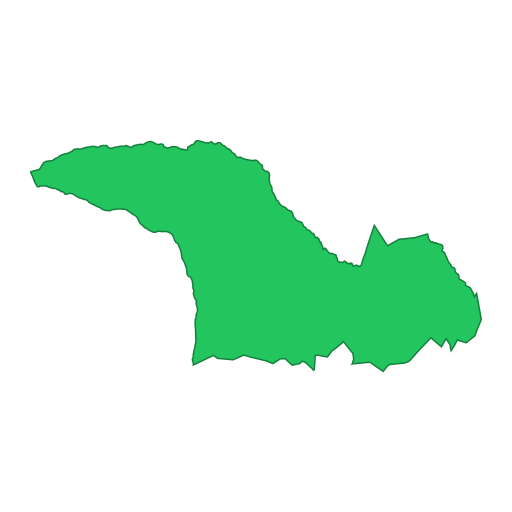 the district of Bulilima, Matabeleland South, Zimbabwe
{"feature_id": "62879985B39326733261715", "entity_name": "Bulilima", "entity_type": "district", "adm_level": 2, "iso_a3": "ZWE", "parent_name": "Zimbabwe", "parent_adm1": "Matabeleland South", "projection": "robinson", "projection_center": [27.403, -20.155], "detail": "fine", "context": "isolated", "style": "filled", "palette": "green", "viewbox_px": 512, "rotation_deg": 0, "n_neighbors": 0, "source": "geoboundaries", "source_scale": "gbopen_adm2", "svg_char_len": 6062}
<svg xmlns="http://www.w3.org/2000/svg" viewBox="0 0 512 512"><path d="M426.9,234.1L415.1,237.6L399.0,239.3L387.7,245.7L386.9,244.8L374.3,225.4L367.6,245.3L367.4,246.4L366.9,247.6L365.0,254.0L363.5,257.6L361.2,265.3L359.3,266.6L358.3,265.9L357.4,266.0L356.5,265.1L355.3,265.4L354.1,266.1L353.3,266.1L352.9,265.6L352.3,263.9L351.3,263.0L350.8,263.2L350.4,263.9L350.2,264.1L349.3,263.3L348.6,263.6L347.8,263.5L346.4,262.6L345.8,261.8L344.7,261.1L344.1,261.3L343.4,262.2L342.8,262.5L340.9,262.1L339.6,262.4L338.9,261.6L337.8,261.2L337.6,260.7L337.2,258.6L336.4,256.9L336.3,255.7L335.8,254.9L333.2,254.1L332.5,253.4L331.5,253.6L330.4,253.5L328.9,252.6L328.2,252.0L325.9,248.8L325.2,248.2L324.7,248.2L324.0,249.0L323.0,249.5L322.7,248.8L322.8,247.5L322.6,247.0L322.5,246.3L322.2,245.7L321.5,244.9L321.4,243.5L321.2,242.8L320.8,242.4L320.8,242.2L319.5,241.6L319.4,241.2L319.5,240.3L318.6,238.8L318.0,238.1L316.9,237.3L316.1,237.6L315.5,237.5L314.6,236.1L314.2,234.7L314.0,234.2L311.9,233.0L309.4,230.4L307.2,229.7L306.6,229.3L305.5,227.5L303.7,226.3L302.0,222.7L300.2,221.6L298.0,221.2L296.2,220.1L295.3,218.8L294.3,217.9L293.5,216.8L292.6,213.2L291.4,211.4L290.9,211.0L288.5,210.3L287.6,209.7L285.2,207.4L281.8,206.0L280.7,204.9L279.5,203.5L277.6,200.5L277.3,200.2L276.4,200.1L275.4,197.0L273.9,194.1L272.4,192.0L272.1,191.0L271.9,187.8L271.7,187.0L269.7,183.3L269.6,181.9L269.3,180.1L269.3,177.0L269.6,175.7L269.3,173.6L268.4,172.3L267.6,171.5L265.7,171.3L264.9,170.9L262.8,168.9L262.4,168.1L262.5,166.1L262.1,165.2L259.4,163.4L258.5,162.0L257.0,160.7L256.2,160.3L254.9,160.2L253.4,160.4L252.9,160.7L252.3,160.7L251.8,160.6L251.4,160.3L248.4,160.0L245.0,159.2L242.8,158.4L240.7,157.3L238.5,157.3L237.1,157.5L236.6,157.0L234.5,153.8L233.8,153.4L232.5,152.9L232.0,152.3L231.3,151.1L230.2,150.0L228.7,148.9L226.3,148.0L225.6,146.8L224.3,145.9L223.1,145.6L222.2,144.6L221.3,144.1L220.5,143.0L219.7,142.6L217.7,142.8L215.5,144.1L213.5,143.7L211.8,141.9L210.8,141.9L208.9,142.8L206.7,143.0L203.5,142.3L201.9,141.6L199.1,141.0L197.7,140.6L195.9,141.1L195.4,141.4L194.3,143.6L193.2,144.4L191.1,145.1L189.3,146.5L188.2,146.7L187.7,147.6L187.5,149.4L187.1,150.1L186.5,150.2L184.6,149.6L182.5,149.5L182.5,149.2L180.0,148.8L177.2,147.1L174.1,146.6L171.5,146.7L169.7,147.7L166.9,148.2L166.6,148.1L166.0,147.3L164.9,147.2L163.9,146.8L163.3,144.7L161.9,144.0L160.6,144.0L158.7,144.6L157.2,144.3L155.6,143.8L153.3,142.4L150.9,141.5L149.6,141.6L147.5,142.1L145.3,143.2L143.7,144.3L143.0,144.6L140.7,144.3L139.3,144.4L135.0,145.4L134.0,145.5L131.0,147.4L130.6,147.4L129.5,147.0L126.7,145.6L126.0,145.6L125.1,146.0L123.5,146.4L121.5,146.1L119.7,146.3L117.7,146.8L113.6,147.5L112.0,148.4L110.2,148.2L108.2,147.4L107.8,147.1L107.1,146.0L106.4,145.4L104.7,145.7L103.5,145.4L100.2,146.1L98.5,147.3L96.0,146.9L95.1,146.5L92.3,146.3L89.6,147.0L88.1,147.1L86.7,147.1L85.9,147.5L85.4,148.1L84.4,147.8L81.1,149.0L79.7,149.2L78.7,148.9L78.0,148.9L74.7,149.2L73.4,150.0L72.3,151.2L70.4,152.0L68.9,152.9L62.2,154.7L59.4,156.1L57.7,157.6L54.7,158.8L52.7,160.5L45.9,161.4L45.1,162.1L43.8,162.5L39.4,169.4L31.0,171.6L30.7,172.4L30.9,173.0L32.6,176.3L34.5,181.5L35.7,183.9L37.3,186.6L37.6,186.8L38.9,186.8L40.2,186.1L42.8,185.9L44.9,185.9L46.8,186.2L48.6,187.1L50.3,187.5L50.9,187.8L52.4,188.3L53.6,188.4L54.7,188.3L55.5,188.5L56.8,189.3L58.4,189.7L58.4,190.0L59.9,190.4L60.7,191.5L61.1,191.7L63.0,191.7L63.5,192.0L64.6,193.7L65.3,194.3L67.5,194.0L68.7,193.5L72.2,193.6L77.7,197.0L79.6,197.9L84.7,199.6L86.4,199.9L87.2,200.4L89.1,202.4L89.9,202.9L98.5,207.1L99.5,207.4L100.8,208.1L101.9,209.1L105.2,210.4L106.9,210.5L107.5,210.7L108.8,210.6L109.9,210.8L111.6,209.9L112.8,209.6L116.0,209.3L117.5,208.9L119.1,209.0L120.5,208.9L121.7,209.1L124.3,209.1L126.0,209.6L128.8,211.4L132.8,214.3L135.0,215.4L137.3,217.6L139.6,222.6L140.6,223.9L142.8,225.6L144.4,227.4L147.0,228.8L149.1,230.2L152.5,231.9L153.9,232.3L155.7,232.2L158.3,231.2L159.8,231.2L161.7,231.7L163.1,231.5L166.6,231.6L168.0,232.0L170.4,233.1L172.2,234.7L173.6,237.3L174.7,240.6L176.3,242.8L178.1,243.7L178.4,244.1L178.5,245.6L179.7,247.8L181.1,252.0L182.0,258.3L182.6,259.3L182.8,259.3L183.0,260.0L183.6,260.9L185.1,264.3L186.6,268.9L186.6,269.8L186.9,270.8L187.0,274.0L187.4,274.7L188.8,276.6L189.3,276.8L190.1,276.8L190.5,277.0L191.6,279.6L192.2,280.2L192.3,281.6L193.1,285.9L192.9,286.0L192.9,288.2L193.8,290.0L194.0,290.5L194.0,291.0L193.4,292.8L193.5,294.6L194.5,297.5L195.2,299.0L196.0,300.1L196.5,301.0L196.1,303.2L196.1,303.7L197.3,308.0L197.5,310.5L196.9,312.9L196.2,314.4L196.1,315.6L196.3,317.0L195.4,319.3L195.2,320.4L195.1,323.3L195.6,330.9L195.9,341.8L193.3,354.3L193.2,357.4L192.6,358.5L192.3,359.6L192.9,362.0L193.4,363.3L193.3,365.0L213.5,355.4L217.6,358.4L233.2,359.8L243.7,355.1L251.4,357.3L266.1,360.8L272.8,363.6L280.2,358.9L285.2,358.7L292.1,365.2L300.0,363.5L302.2,361.2L305.4,362.4L312.4,368.8L313.3,370.1L313.5,369.8L314.3,369.8L315.3,355.1L319.0,355.4L327.4,357.0L331.1,352.1L332.0,350.7L333.9,349.7L341.9,343.2L343.1,341.4L348.1,347.3L351.8,352.2L352.8,353.0L353.7,358.8L352.4,363.7L352.2,363.9L369.8,362.2L383.2,371.4L387.3,366.2L389.7,364.5L403.9,363.1L404.8,363.0L408.9,361.3L410.0,360.4L418.0,351.3L430.9,337.8L441.4,346.8L446.1,338.7L450.0,344.7L450.9,349.8L451.1,350.7L454.4,345.4L457.5,339.7L459.0,340.6L465.9,342.7L466.4,342.6L471.7,338.3L474.8,336.0L477.0,329.9L481.3,319.6L476.6,293.5L474.4,296.6L473.7,295.0L473.4,293.2L472.5,292.1L470.5,288.2L470.0,287.6L469.2,287.0L467.5,286.5L466.0,285.6L465.5,284.9L465.5,283.1L464.6,282.2L461.4,280.1L459.7,279.4L459.1,278.8L458.7,275.0L458.5,274.6L456.2,272.9L455.2,271.8L455.0,269.3L454.7,268.5L454.1,267.8L452.4,267.3L451.4,266.8L451.2,266.4L450.9,264.8L449.0,262.7L447.2,259.0L447.1,258.4L445.1,254.3L444.8,253.1L443.8,252.0L442.5,251.5L442.2,251.2L442.1,250.4L442.9,248.3L442.7,246.2L442.5,245.7L441.9,245.0L441.0,244.5L439.5,244.4L438.2,243.7L436.7,243.4L435.7,242.7L435.3,242.7L434.8,243.2L434.3,243.2L433.3,242.1L432.4,241.8L432.0,241.8L431.3,242.2L430.9,242.2L428.7,238.7L427.6,234.0L426.9,234.1Z" fill="#22c55e" stroke="#15803d" stroke-width="1.5"/></svg>